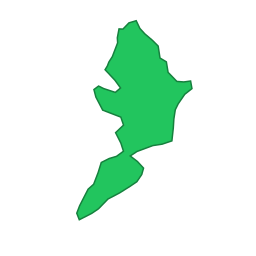 the district of Agia Marina Xyliatou, Nicosia, Cyprus, rotated 21°
{"feature_id": "46923920B35422065670386", "entity_name": "Agia Marina Xyliatou", "entity_type": "district", "adm_level": 2, "iso_a3": "CYP", "parent_name": "Cyprus", "parent_adm1": "Nicosia", "projection": "robinson", "projection_center": [33.054, 35.034], "detail": "fine", "context": "isolated", "style": "filled", "palette": "green", "viewbox_px": 256, "rotation_deg": 21, "n_neighbors": 0, "source": "geoboundaries", "source_scale": "gbopen_adm2", "svg_char_len": 957}
<svg xmlns="http://www.w3.org/2000/svg" viewBox="0 0 256 256"><g transform="rotate(21 128 128)"><path d="M103.4,30.8L97.2,24.9L91.2,29.5L87.8,37.5L84.1,38.7L85.7,47.6L87.8,52.2L87.8,59.8L87.8,67.0L86.5,73.3L86.5,77.5L85.7,81.8L98.7,88.1L106.7,93.3L103.4,99.3L91.3,99.9L88.7,99.7L88.2,99.6L85.5,99.4L82.4,104.3L86.7,110.3L87.0,110.7L98.0,120.4L110.0,120.4L117.4,120.4L122.8,126.9L118.1,136.8L126.8,144.7L132.1,151.3L127.4,158.6L121.4,163.2L115.4,169.8L116.1,180.3L116.1,192.8L112.7,199.4L111.4,211.3L110.7,217.9L110.7,225.9L115.4,231.1L124.8,220.6L129.4,214.0L134.8,201.4L143.5,191.5L150.9,181.6L155.5,175.0L157.5,166.5L156.9,159.9L148.8,155.9L140.1,153.3L144.8,146.7L151.5,140.8L157.5,135.5L165.6,130.9L173.6,124.3L170.3,111.8L167.6,103.2L165.6,94.0L166.2,87.4L168.9,76.2L173.6,68.3L169.6,61.7L163.6,65.0L156.9,67.0L145.5,61.7L140.1,52.5L132.8,51.2L126.8,40.7L119.4,37.4L110.0,34.1L103.4,30.8Z" fill="#22c55e" stroke="#15803d" stroke-width="1.5"/></g></svg>